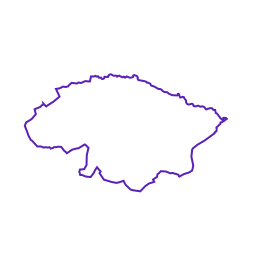 Kankara, Katsina, Nigeria (orthographic projection), rotated 154°
{"feature_id": "59680162B8390528040617", "entity_name": "Kankara", "entity_type": "district", "adm_level": 2, "iso_a3": "NGA", "parent_name": "Nigeria", "parent_adm1": "Katsina", "projection": "orthographic", "projection_center": [7.349, 11.973], "detail": "fine", "context": "isolated", "style": "outline", "palette": "violet", "viewbox_px": 256, "rotation_deg": 154, "n_neighbors": 0, "source": "geoboundaries", "source_scale": "gbopen_adm2", "svg_char_len": 3505}
<svg xmlns="http://www.w3.org/2000/svg" viewBox="0 0 256 256"><g transform="rotate(154 128 128)"><path d="M166.3,86.6L162.4,83.7L159.9,83.1L158.9,83.0L155.1,82.4L155.2,80.1L155.0,77.9L152.9,72.1L151.7,70.5L144.7,65.7L137.9,68.2L133.6,68.9L128.0,68.1L128.1,70.7L123.3,71.4L121.7,73.6L120.2,73.7L117.5,74.8L115.1,73.5L112.8,72.1L109.9,68.8L107.5,68.0L106.7,67.1L104.5,65.2L103.2,63.8L103.4,62.3L103.1,61.8L100.0,62.0L97.2,62.0L93.1,61.3L89.0,61.6L85.8,65.7L83.6,74.4L79.7,80.6L78.1,81.4L72.9,82.5L64.3,83.2L53.9,85.1L52.5,85.3L52.2,85.8L51.9,86.1L51.1,86.2L50.0,86.3L49.4,87.2L48.6,88.3L48.5,89.4L48.1,89.8L46.5,90.2L45.3,90.7L43.3,91.1L43.0,91.7L42.5,92.3L41.5,92.3L40.9,92.0L39.7,92.2L39.3,93.1L38.6,93.0L38.4,92.3L37.4,92.6L35.2,92.9L35.7,94.2L36.8,94.7L37.8,95.3L38.6,94.6L39.2,94.2L40.0,94.6L40.8,97.2L41.1,98.9L41.4,100.7L41.8,102.2L42.4,102.7L42.4,103.8L42.2,104.5L42.0,105.2L41.8,106.0L42.4,106.5L43.1,106.7L43.5,107.2L43.6,107.9L43.7,108.7L44.7,109.5L45.9,110.0L47.1,110.0L47.8,110.3L49.0,110.3L49.7,110.6L50.0,111.8L50.1,112.9L50.6,113.7L51.2,114.4L51.9,115.1L53.3,115.2L54.1,115.9L54.7,116.8L55.3,117.4L56.2,117.6L56.8,117.6L57.4,117.6L58.0,118.0L58.7,118.4L59.2,118.7L59.4,119.7L59.2,119.9L59.2,120.2L59.3,120.4L59.3,120.9L59.5,121.4L59.9,121.8L60.9,122.0L62.3,122.2L63.3,122.6L64.2,123.5L64.6,125.6L63.8,127.0L63.8,127.7L64.3,129.2L64.3,131.3L65.3,132.0L67.7,132.5L67.7,134.0L67.4,136.0L67.6,136.6L68.3,136.7L68.8,135.9L69.5,135.7L71.5,136.8L74.0,138.2L75.0,139.5L76.1,140.7L77.1,143.0L79.3,144.2L80.6,145.9L81.2,148.0L82.0,148.9L83.5,149.7L84.0,150.5L86.7,154.3L87.1,154.6L87.7,155.2L88.7,156.2L88.6,157.2L88.6,158.1L89.3,159.0L90.4,160.1L91.2,160.6L91.2,161.3L91.6,161.9L92.6,162.8L95.9,165.3L97.4,166.3L97.7,166.8L97.7,168.3L97.1,168.9L97.2,170.8L98.3,171.9L99.0,172.6L99.5,172.9L99.9,172.9L100.3,172.8L100.6,172.4L100.9,171.9L101.3,171.6L103.4,172.0L103.9,172.2L104.5,172.6L105.4,173.6L106.3,174.4L106.4,174.8L106.7,174.9L107.5,174.7L108.0,174.5L108.6,174.6L108.8,175.4L109.3,176.0L109.9,175.8L110.4,175.8L111.2,176.4L111.7,177.2L112.2,177.7L112.9,178.9L113.3,178.9L114.1,179.2L114.7,178.9L115.3,178.9L115.4,179.8L115.8,180.3L116.6,180.6L117.6,181.1L118.3,181.5L118.7,182.2L119.4,183.4L120.0,183.8L121.0,184.0L122.0,183.9L122.6,183.6L123.4,182.6L124.0,182.8L125.7,183.8L126.5,184.3L126.8,184.3L127.3,183.4L128.3,183.0L129.4,183.2L130.0,183.6L130.2,185.1L132.0,185.9L132.1,187.3L132.5,187.7L133.4,187.7L134.1,188.4L134.3,189.1L135.7,189.2L136.9,189.6L138.6,190.6L141.9,186.5L145.9,188.9L149.7,189.0L150.7,189.1L152.4,190.5L154.4,190.4L159.0,193.3L162.6,192.2L163.5,191.7L164.6,191.9L165.5,192.0L166.5,192.5L167.4,193.1L168.6,193.8L170.2,193.6L172.4,193.7L175.6,194.7L175.7,188.7L175.8,186.2L183.7,184.3L185.9,184.1L192.1,183.3L193.4,187.2L193.6,186.5L193.9,186.1L195.0,186.2L195.3,186.2L195.8,186.1L196.1,186.0L197.3,185.4L203.7,185.8L204.8,180.8L210.9,178.2L217.1,177.7L219.8,175.2L220.3,168.9L220.8,164.9L220.6,159.9L219.7,158.4L218.5,154.3L217.6,151.2L217.1,150.8L215.6,150.3L213.9,149.2L212.5,147.4L210.7,147.0L208.9,145.7L207.0,145.1L206.4,143.4L204.5,143.0L202.9,143.2L201.2,142.4L198.5,141.6L196.3,140.3L195.3,135.3L194.6,134.1L194.0,132.1L187.8,133.0L184.4,132.4L181.2,131.5L174.3,132.2L173.8,131.9L172.2,127.5L177.0,121.6L181.5,112.9L185.4,110.2L189.4,111.7L190.1,110.8L190.9,110.3L191.5,106.7L190.1,106.1L187.1,102.8L183.1,100.3L180.2,101.7L177.7,103.2L176.1,104.5L173.1,106.3L171.7,100.9L173.4,99.9L172.3,92.1L166.3,86.6Z" fill="none" stroke="#5b21b6" stroke-width="2"/></g></svg>